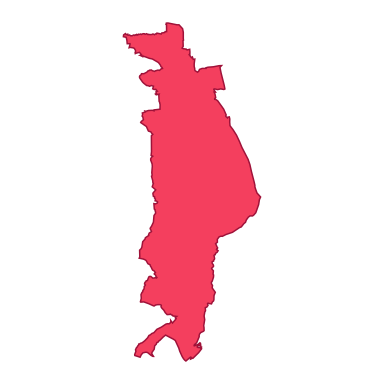 Valeni-Dambovita, Dâmbovita, Romania
{"feature_id": "2599482B82900556797073", "entity_name": "Valeni-Dambovita", "entity_type": "district", "adm_level": 2, "iso_a3": "ROU", "parent_name": "Romania", "parent_adm1": "Dâmbovita", "projection": "mercator", "projection_center": [25.163, 45.163], "detail": "fine", "context": "isolated", "style": "filled", "palette": "rose", "viewbox_px": 384, "rotation_deg": 0, "n_neighbors": 0, "source": "geoboundaries", "source_scale": "gbopen_adm2", "svg_char_len": 5966}
<svg xmlns="http://www.w3.org/2000/svg" viewBox="0 0 384 384"><path d="M212.5,285.4L211.5,283.9L211.4,282.2L212.2,281.2L213.5,277.1L213.6,275.0L213.1,274.1L213.4,270.8L211.6,268.7L211.9,267.9L212.6,267.5L213.6,266.1L213.3,264.9L212.1,263.1L212.2,261.7L213.6,261.1L213.7,260.2L214.5,259.1L214.6,258.5L214.0,255.4L214.6,254.7L215.2,254.7L215.7,253.2L217.1,252.3L218.1,250.7L216.6,249.7L216.9,249.4L216.8,248.8L217.4,248.6L217.6,247.7L216.7,246.4L216.5,245.5L215.6,243.7L217.4,242.2L217.3,239.3L219.2,236.8L221.0,236.2L222.4,236.3L226.0,234.5L232.5,232.3L239.5,227.6L241.3,226.9L243.9,223.6L245.5,222.3L246.3,220.0L248.3,217.2L250.0,215.9L252.6,215.9L253.7,215.1L255.8,212.7L258.6,204.7L259.4,199.7L260.6,197.0L257.0,193.0L255.7,189.4L254.9,186.9L254.9,185.3L254.2,182.2L251.4,171.4L249.9,164.6L248.1,159.4L241.9,147.4L239.5,141.6L236.5,135.2L233.1,129.8L230.0,125.7L229.7,122.1L229.8,119.0L229.3,116.9L227.7,117.2L227.4,117.9L225.9,116.5L225.7,115.9L226.2,115.0L223.7,109.2L217.7,100.8L215.5,99.3L214.7,99.3L214.7,98.4L215.7,97.6L215.0,94.0L214.1,92.1L215.5,92.1L213.8,89.6L213.9,89.1L214.7,88.9L217.5,89.6L220.7,88.9L223.9,89.5L224.9,89.0L224.2,85.3L221.1,73.1L220.1,68.1L220.0,67.3L221.5,65.6L219.1,65.7L213.2,66.8L208.0,67.2L205.9,67.8L206.0,68.4L202.2,68.4L199.5,69.4L198.8,71.0L197.6,72.2L195.1,70.7L194.8,70.1L194.7,68.4L194.2,66.5L194.2,63.7L194.8,59.1L193.2,59.4L192.4,57.0L191.5,57.7L189.3,54.9L189.9,54.8L189.7,53.5L189.9,53.4L189.9,51.8L189.7,49.3L187.2,49.9L186.3,49.5L186.2,49.1L183.2,48.7L182.1,48.1L183.2,46.3L183.0,40.6L183.5,40.2L183.3,38.6L183.3,32.3L182.6,28.7L179.0,24.8L177.0,24.8L168.0,23.0L166.3,23.1L166.0,24.4L166.5,24.5L166.6,31.6L165.1,31.6L164.7,32.5L161.7,33.0L161.2,34.0L156.9,33.1L156.5,33.9L155.5,33.9L154.5,34.7L153.1,34.0L152.5,34.1L152.0,34.5L149.9,34.6L148.4,34.3L148.0,34.6L146.7,33.7L145.1,34.3L144.6,33.8L143.1,33.7L141.3,34.5L140.8,34.0L138.5,34.6L138.3,34.3L137.4,35.0L136.7,34.4L135.9,35.2L135.2,34.8L134.4,35.4L133.6,35.0L132.0,35.8L130.4,35.7L129.7,35.0L128.4,35.2L127.7,35.0L127.7,34.2L126.1,34.6L125.4,33.6L123.6,34.9L123.4,36.7L126.2,37.3L126.9,40.4L127.2,43.7L130.0,43.7L130.1,44.1L129.1,47.7L130.2,47.4L133.4,47.9L134.3,48.4L135.3,50.0L135.6,51.2L135.1,52.6L135.3,53.6L136.3,53.1L139.5,52.4L141.4,54.7L140.1,55.3L140.9,55.5L141.3,56.1L142.4,56.0L142.9,56.7L143.5,56.2L144.0,56.6L144.7,56.6L149.5,58.4L152.4,59.0L158.4,62.5L160.2,64.8L161.1,66.8L162.0,67.4L162.5,68.5L161.2,68.8L159.5,70.4L158.0,70.1L155.2,70.9L154.7,71.4L152.3,70.7L151.4,70.0L149.4,70.2L148.8,70.8L148.0,70.9L146.8,72.2L143.9,73.7L141.5,73.7L141.2,74.6L139.8,75.8L139.5,76.7L139.6,77.7L140.2,78.7L142.6,82.1L143.7,83.2L146.6,85.5L148.2,85.7L149.6,86.3L151.2,85.5L153.5,86.2L152.7,88.8L154.1,89.5L155.8,89.3L157.3,91.2L156.1,91.4L156.0,92.2L156.5,93.4L155.4,94.0L156.2,94.8L159.1,94.2L158.8,94.9L159.1,101.3L159.6,102.3L160.1,104.7L160.0,109.2L154.0,109.9L154.0,110.8L152.3,110.3L148.4,110.5L145.8,111.3L145.0,111.1L145.4,111.9L142.3,113.0L142.6,114.3L142.1,116.1L142.8,116.9L143.4,119.7L141.2,121.5L140.7,122.6L146.4,126.5L148.2,130.7L148.5,131.1L150.9,131.9L151.8,133.4L152.8,134.3L151.4,135.7L151.5,151.8L151.1,155.4L152.7,156.2L151.6,157.2L150.7,158.7L150.7,160.1L152.1,163.9L152.3,166.4L151.8,172.7L152.1,174.9L151.9,175.9L151.5,176.2L152.7,180.6L152.9,182.9L153.4,183.3L152.2,186.8L155.7,189.9L153.1,192.9L152.9,193.7L153.4,196.4L154.2,196.5L154.7,197.0L154.5,198.0L155.4,199.0L155.1,200.8L156.6,201.1L157.6,202.0L157.3,203.0L155.5,203.9L153.9,203.6L154.3,209.1L155.0,209.5L155.1,210.8L155.5,211.7L155.6,213.2L154.0,215.5L153.4,222.2L151.6,226.1L150.2,228.2L150.2,228.8L151.5,231.4L151.0,232.0L149.3,233.0L148.6,234.5L148.7,235.5L145.4,237.7L145.0,239.1L142.7,241.7L141.9,246.9L141.3,248.5L139.6,250.2L139.8,256.8L139.2,258.2L143.5,259.1L145.4,260.0L146.1,260.5L147.9,263.7L150.1,264.8L150.5,266.2L151.4,267.5L151.7,268.4L152.6,270.1L153.9,270.7L155.4,272.6L154.3,273.6L154.3,274.1L155.7,275.2L155.9,276.3L156.9,277.6L156.5,278.0L155.6,277.7L152.9,278.2L150.8,276.4L149.3,276.5L148.7,277.1L147.4,280.5L146.2,280.8L145.6,282.0L145.0,282.3L144.5,283.9L145.4,285.0L145.2,285.4L144.2,286.5L144.2,287.9L143.9,289.2L142.9,290.4L142.7,291.8L142.0,292.4L141.0,294.6L141.3,298.3L140.4,301.8L140.7,302.1L143.8,301.9L149.0,303.8L153.6,305.9L154.4,305.9L155.4,305.1L157.2,304.7L159.4,304.6L160.9,304.9L161.3,305.4L161.0,306.8L161.8,308.1L163.9,310.3L165.2,312.6L167.1,314.6L169.2,314.5L170.5,314.1L171.4,314.9L172.3,315.1L173.0,316.0L176.7,316.4L175.3,317.5L175.3,317.9L176.1,318.6L175.7,319.3L172.5,323.0L170.8,320.6L170.9,321.8L170.3,322.8L169.2,323.8L167.5,323.7L165.9,324.1L161.4,327.1L156.9,329.3L153.9,332.7L151.8,333.5L150.5,334.7L148.9,335.5L147.6,337.8L144.7,340.8L142.1,342.8L140.4,343.3L139.5,344.0L138.8,344.0L138.6,344.9L137.7,346.0L136.9,347.4L136.5,347.6L135.5,349.8L135.9,351.3L134.7,354.5L134.8,355.5L140.1,357.2L141.3,354.7L143.0,352.8L145.9,352.2L147.5,352.5L151.1,355.4L152.9,356.4L153.5,356.4L151.8,353.7L152.0,352.4L154.2,349.2L154.7,345.8L156.2,344.3L156.9,342.5L157.9,342.3L158.9,340.9L159.7,340.5L163.3,336.9L165.6,335.1L173.4,339.2L175.3,340.5L178.8,348.1L179.7,351.1L182.1,356.4L183.5,358.7L184.7,360.1L185.9,361.0L190.5,357.1L190.9,357.2L190.6,359.1L191.7,358.6L192.0,358.0L192.9,358.3L198.6,352.7L201.5,348.9L201.3,348.7L201.5,348.5L200.9,347.3L201.4,347.0L200.9,346.7L200.2,346.9L200.0,347.6L199.7,347.3L199.2,347.6L198.0,347.5L197.2,347.0L197.4,346.3L197.8,345.9L199.3,345.3L200.7,345.3L200.6,344.2L200.1,343.7L200.5,343.6L200.5,343.3L199.9,342.8L198.2,344.3L194.5,345.8L194.2,345.7L194.6,345.0L194.3,345.1L194.4,344.7L196.5,342.9L197.0,342.0L199.2,336.7L199.1,335.7L199.6,333.9L200.7,332.6L203.6,331.2L204.1,330.5L204.0,327.5L203.7,325.7L204.7,319.7L204.1,316.0L204.8,312.0L205.5,310.8L205.3,307.6L206.8,307.1L208.0,305.4L207.5,303.9L207.6,303.4L208.4,303.2L209.0,303.5L211.5,303.9L212.4,301.9L213.5,301.0L213.9,299.8L214.0,295.6L215.3,292.3L212.2,287.9L212.5,285.4Z" fill="#f43f5e" stroke="#9f1239" stroke-width="1.5"/></svg>